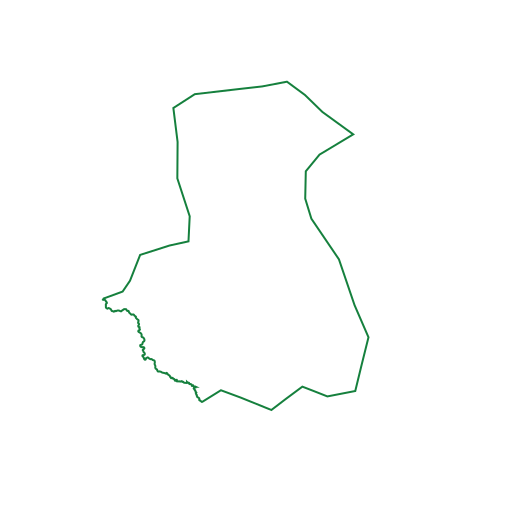 outline of Erdenemandal, Arhangay, Mongolia, rotated 232°
{"feature_id": "93677404B38518016494864", "entity_name": "Erdenemandal", "entity_type": "district", "adm_level": 2, "iso_a3": "MNG", "parent_name": "Mongolia", "parent_adm1": "Arhangay", "projection": "robinson", "projection_center": [101.387, 48.374], "detail": "fine", "context": "isolated", "style": "outline", "palette": "green", "viewbox_px": 512, "rotation_deg": 232, "n_neighbors": 0, "source": "geoboundaries", "source_scale": "gbopen_adm2", "svg_char_len": 5841}
<svg xmlns="http://www.w3.org/2000/svg" viewBox="0 0 512 512"><g transform="rotate(232 256 256)"><path d="M421.2,307.4L423.5,282.0L394.1,264.4L365.6,241.8L328.1,228.2L309.1,211.8L317.5,194.3L328.2,165.4L314.1,141.5L310.1,129.0L316.3,109.8L315.8,108.5L315.5,108.6L315.4,108.8L315.3,109.4L315.0,109.7L314.6,109.8L314.0,110.0L313.4,110.0L312.8,109.8L312.2,109.8L311.6,109.9L311.0,109.7L310.7,109.4L310.7,109.1L310.7,108.7L310.5,108.3L310.3,107.9L309.9,107.5L309.3,107.2L308.9,106.8L308.3,106.4L307.9,106.1L307.5,106.0L306.8,106.1L306.0,106.5L305.9,107.0L305.8,107.7L305.6,107.8L305.3,108.1L304.9,108.3L304.2,108.6L303.6,108.8L303.2,108.8L302.3,108.6L302.0,108.6L301.7,108.5L301.3,108.6L300.9,109.0L300.6,109.3L300.3,109.4L299.9,109.5L299.7,109.7L299.6,109.9L299.5,110.3L299.6,110.7L299.5,111.2L299.4,111.3L299.1,111.5L298.8,111.6L298.7,111.9L298.6,112.3L298.5,112.8L298.3,113.3L297.5,114.3L296.9,114.7L295.8,115.3L295.4,115.8L295.4,116.0L295.5,116.5L295.5,117.4L295.4,117.6L295.4,117.9L295.4,118.4L295.4,119.0L295.2,119.5L294.8,120.0L294.3,120.6L294.1,120.8L293.9,120.9L293.4,120.8L292.8,120.7L292.3,120.7L291.9,120.8L291.7,121.0L291.6,121.4L291.2,121.7L290.8,121.7L290.2,121.4L289.5,121.2L287.8,121.5L287.1,121.5L286.8,121.7L286.5,121.7L286.2,122.0L286.0,122.5L285.6,123.2L285.2,123.5L284.5,123.6L284.0,123.5L283.2,123.7L282.7,123.8L282.2,124.0L281.6,123.4L281.3,123.3L280.9,123.3L280.4,123.4L279.8,123.4L279.3,123.5L278.9,123.6L278.6,123.7L278.3,123.8L278.1,123.9L277.7,123.8L277.1,123.5L276.8,122.9L276.3,122.4L276.1,122.1L275.9,121.9L275.7,121.9L274.9,122.1L274.7,122.0L274.4,121.9L274.2,121.8L273.9,121.4L273.8,121.0L273.7,120.5L273.4,120.2L273.0,119.9L272.6,119.8L272.3,119.9L272.0,120.1L271.8,120.3L271.7,120.4L271.3,120.2L270.7,119.5L270.4,119.5L270.0,119.4L269.6,119.3L269.4,119.0L269.4,118.8L269.4,118.3L269.6,117.6L269.4,117.2L269.2,116.9L268.8,116.8L268.4,116.8L266.4,117.6L265.7,117.7L264.9,117.6L264.4,117.4L264.0,117.1L263.6,116.8L263.3,116.4L262.9,116.2L262.6,116.2L262.2,116.3L261.3,116.9L260.5,117.0L259.9,116.9L259.2,116.8L258.7,116.5L258.0,116.0L257.8,115.5L257.7,115.1L257.8,114.6L257.8,114.0L257.3,113.1L257.0,112.8L256.5,112.1L256.5,111.8L256.5,111.4L256.9,110.5L257.0,109.9L256.7,109.6L256.2,109.3L255.7,109.3L255.2,109.4L254.6,109.8L254.3,110.2L253.6,111.1L253.2,111.4L252.8,111.5L252.3,111.4L252.0,111.2L251.8,110.7L251.8,110.2L251.8,109.9L251.9,109.4L251.8,109.1L251.5,108.8L251.3,108.7L250.4,108.7L249.6,108.3L249.4,108.3L248.7,108.4L248.3,108.4L247.9,108.4L247.5,108.2L247.0,107.8L246.9,107.6L246.9,107.2L247.0,106.8L247.1,106.4L247.3,106.1L247.5,105.9L247.6,105.6L247.6,105.4L247.4,105.2L247.2,105.0L246.8,104.9L246.0,105.0L245.4,105.0L244.8,104.9L244.5,104.7L244.1,104.5L243.7,104.5L243.3,104.5L242.9,104.5L242.6,104.7L242.4,105.0L242.4,105.4L242.7,105.6L243.0,105.9L243.2,106.1L243.0,106.9L242.9,107.9L242.8,108.2L242.5,108.4L242.1,108.5L241.0,108.7L240.3,109.0L239.9,109.2L239.5,109.5L239.3,110.0L239.0,110.3L238.0,110.5L237.6,110.6L236.7,111.3L236.2,111.5L235.7,111.5L235.3,111.3L234.6,110.9L234.2,110.5L233.7,109.9L232.9,109.4L231.9,109.2L231.4,109.0L231.0,108.8L230.6,108.4L230.2,108.0L229.8,107.8L229.4,107.7L229.1,107.6L228.7,107.7L227.9,108.0L227.6,108.1L227.3,108.1L227.1,108.0L226.8,107.8L226.6,107.7L226.3,107.7L225.5,107.6L225.3,107.7L225.1,107.9L224.8,108.3L224.7,108.5L224.5,108.9L224.3,109.0L224.0,109.2L223.8,109.4L223.5,109.7L223.0,109.9L222.1,110.2L221.5,110.6L221.2,110.9L220.7,111.3L220.0,111.9L218.6,112.7L218.4,112.9L218.4,113.1L218.5,113.2L218.9,113.3L219.0,113.4L219.0,113.5L218.9,113.6L218.6,113.7L218.2,113.8L217.2,113.7L216.8,113.7L216.5,113.7L216.2,113.9L215.9,113.9L215.5,114.1L215.2,114.2L214.9,114.3L214.6,114.3L213.9,113.9L213.7,113.9L213.5,114.0L213.1,114.2L212.9,114.2L212.5,114.0L212.3,113.9L212.0,113.9L211.9,114.0L211.7,114.3L211.6,114.5L211.6,114.9L211.4,115.2L211.3,115.3L210.7,115.2L210.4,115.1L210.2,115.2L210.0,115.3L209.6,115.7L209.4,115.8L209.2,115.8L208.9,115.8L208.0,115.4L207.7,115.4L207.4,115.5L207.2,115.9L207.2,116.2L207.5,116.9L207.4,117.1L207.2,117.3L206.6,117.0L206.5,116.9L206.3,116.6L206.0,116.5L205.9,116.5L205.6,116.8L205.3,117.4L204.8,117.8L204.5,118.3L204.2,118.7L203.7,118.9L203.6,119.1L203.3,120.1L203.2,120.3L203.0,120.5L202.5,120.4L202.2,120.4L202.0,120.6L202.0,120.9L201.8,121.1L201.6,121.2L200.8,121.2L200.5,121.3L200.2,121.6L199.9,121.8L199.6,122.1L199.2,122.7L198.9,123.0L198.5,123.3L198.5,123.5L198.8,123.9L199.1,124.1L198.4,124.2L198.1,124.3L197.9,124.4L197.8,124.6L197.7,124.9L197.5,125.0L197.2,125.1L196.6,124.7L196.3,124.7L196.0,124.8L195.7,125.1L195.6,125.4L195.4,125.6L194.7,126.0L194.4,126.1L194.1,126.1L193.8,125.8L193.5,125.6L193.2,125.5L192.9,125.6L192.7,126.0L192.9,126.6L192.8,126.8L192.1,126.7L191.7,126.7L191.4,126.8L191.1,127.1L190.7,127.6L190.5,127.8L190.2,127.9L189.8,128.1L190.0,127.8L190.3,127.7L190.5,127.6L190.5,127.3L190.3,127.2L190.7,127.0L190.8,126.9L190.8,126.7L190.7,126.5L190.3,126.3L190.3,126.2L190.3,125.8L190.1,125.5L189.9,125.3L189.6,125.3L189.4,125.4L189.3,125.5L188.3,125.2L188.2,125.2L188.1,125.3L187.9,125.4L187.5,125.4L187.4,125.2L187.1,125.1L186.8,125.0L185.9,124.9L185.5,124.9L185.3,124.9L185.3,124.6L185.3,124.3L185.2,124.2L184.7,124.2L184.0,123.9L183.8,123.7L183.6,123.6L183.4,123.7L183.2,123.8L182.7,123.7L182.1,123.2L181.9,123.2L181.5,123.1L181.2,123.0L180.9,122.9L180.6,123.0L180.2,123.3L179.2,123.6L178.9,123.6L178.7,123.6L177.6,122.7L177.4,122.6L177.2,122.6L176.9,122.7L176.8,123.0L176.2,123.0L175.7,123.2L175.3,123.3L175.0,123.3L174.5,123.4L174.2,123.8L174.1,124.3L171.8,145.7L153.8,156.8L125.2,173.3L125.0,191.7L124.5,212.1L114.3,218.2L101.4,225.8L88.5,251.1L104.4,271.2L122.7,294.6L156.6,303.4L202.3,319.3L251.3,322.6L270.9,330.1L292.1,347.4L296.8,368.5L292.0,407.5L328.6,397.0L352.8,393.7L374.3,387.7L385.8,365.3L398.1,345.3L421.2,307.4Z" fill="none" stroke="#15803d" stroke-width="2"/></g></svg>